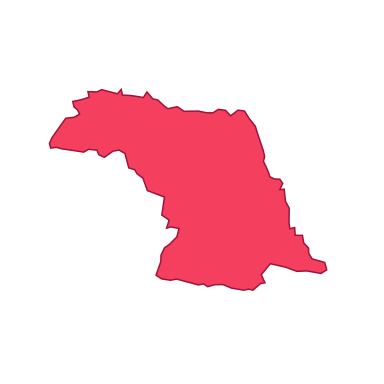 outline of Herveiras, Rio Grande do Sul, Brazil, rotated 15°
{"feature_id": "56859067B41615897262901", "entity_name": "Herveiras", "entity_type": "district", "adm_level": 2, "iso_a3": "BRA", "parent_name": "Brazil", "parent_adm1": "Rio Grande do Sul", "projection": "orthographic", "projection_center": [-52.676, -29.446], "detail": "fine", "context": "isolated", "style": "filled", "palette": "rose", "viewbox_px": 384, "rotation_deg": 15, "n_neighbors": 0, "source": "geoboundaries", "source_scale": "gbopen_adm2", "svg_char_len": 1557}
<svg xmlns="http://www.w3.org/2000/svg" viewBox="0 0 384 384"><g transform="rotate(15 192 192)"><path d="M178.8,281.7L185.2,283.8L194.1,282.8L199.6,280.1L208.9,280.1L222.2,280.1L226.9,277.8L231.7,279.4L237.8,275.7L245.8,273.4L255.1,274.6L267.5,273.4L272.0,271.1L276.2,271.1L281.9,262.7L286.0,260.8L280.3,254.0L286.2,241.0L301.7,240.4L313.8,241.5L323.4,238.5L337.7,237.3L342.3,232.3L338.4,225.7L325.3,225.5L320.6,221.0L319.1,216.0L313.1,212.3L309.9,205.3L302.9,207.1L300.4,199.8L296.0,202.1L293.7,196.7L292.1,190.6L290.1,182.5L284.7,176.8L280.3,165.4L276.2,167.0L277.4,160.2L273.5,156.9L268.1,158.1L263.3,157.1L260.7,153.1L256.2,147.4L253.1,144.0L253.0,139.0L249.9,133.2L245.2,126.1L240.4,118.9L236.1,112.0L227.9,106.0L221.8,100.2L215.3,101.0L209.6,108.4L203.2,104.4L196.0,105.4L191.8,110.1L185.7,111.7L177.2,112.2L163.4,116.1L155.7,113.4L147.1,117.8L142.5,115.9L135.0,111.9L130.0,112.2L122.6,107.0L120.6,113.3L115.2,113.8L107.6,114.7L99.7,116.4L97.1,111.2L94.6,116.4L85.3,116.5L78.3,116.5L74.3,119.9L65.5,122.0L68.1,127.0L64.3,129.5L60.4,131.9L53.4,135.4L56.0,140.4L60.1,142.2L63.3,145.9L58.8,150.3L51.0,153.4L48.8,159.2L45.3,168.6L42.8,175.5L41.7,182.0L44.2,186.2L49.2,184.0L54.9,184.0L69.6,182.3L77.1,181.5L81.1,177.5L89.4,176.2L92.3,180.1L98.3,181.2L105.1,173.0L110.8,170.4L117.2,172.1L124.7,185.1L130.9,185.3L134.3,188.7L141.0,191.3L148.5,202.2L166.7,204.0L168.8,222.1L177.2,225.1L176.8,233.5L180.6,231.2L188.9,230.6L189.0,239.3L183.9,248.2L179.9,253.0L178.4,261.0L179.9,267.3L178.8,281.7Z" fill="#f43f5e" stroke="#9f1239" stroke-width="1.5"/></g></svg>